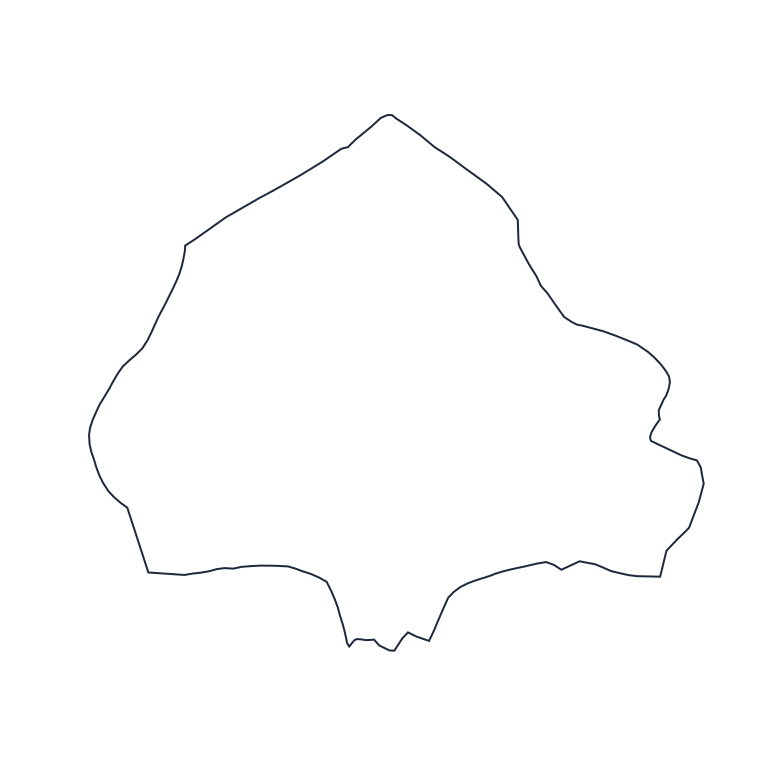 outline of Mabyan, Hajjah, Yemen, rotated 261°
{"feature_id": "15242507B90557781353206", "entity_name": "Mabyan", "entity_type": "district", "adm_level": 2, "iso_a3": "YEM", "parent_name": "Yemen", "parent_adm1": "Hajjah", "projection": "albers", "projection_center": [43.541, 15.755], "detail": "fine", "context": "isolated", "style": "outline", "palette": "slate", "viewbox_px": 768, "rotation_deg": 261, "n_neighbors": 0, "source": "geoboundaries", "source_scale": "gbopen_adm2", "svg_char_len": 2624}
<svg xmlns="http://www.w3.org/2000/svg" viewBox="0 0 768 768"><g transform="rotate(261 384 384)"><path d="M179.0,463.0L180.2,471.2L181.1,481.1L181.6,490.4L181.7,493.3L182.1,498.8L182.7,507.4L182.8,516.2L178.7,523.6L172.8,530.1L178.3,549.5L177.7,551.1L175.6,556.8L172.9,564.4L168.3,571.9L163.7,579.0L160.1,587.7L157.0,595.6L154.6,603.9L150.5,626.6L175.1,636.9L179.9,643.1L184.9,649.6L189.5,656.3L194.3,662.8L218.0,676.4L235.3,684.1L235.6,684.2L244.0,683.9L252.1,683.8L259.6,681.1L262.9,674.0L266.7,667.1L266.8,666.9L285.8,639.0L287.9,638.4L290.7,638.7L294.8,640.9L299.7,645.0L301.0,646.1L305.8,650.9L309.8,650.6L315.2,651.3L320.1,654.6L324.7,657.6L328.3,660.8L333.5,663.8L337.3,665.4L341.3,666.7L346.8,666.7L352.2,664.7L360.0,660.6L368.4,654.8L374.6,649.6L375.8,648.3L383.4,640.2L388.8,631.5L395.2,620.8L401.4,609.6L405.9,599.7L410.7,588.8L412.6,583.6L416.1,578.9L421.9,572.5L428.4,569.2L435.6,565.6L441.3,562.9L448.3,559.5L456.2,554.4L458.6,553.7L466.7,551.4L471.1,549.5L474.7,547.9L482.1,545.0L490.1,542.2L497.9,539.5L501.1,538.9L508.4,539.7L525.1,541.8L550.2,529.9L565.5,516.8L582.0,500.3L582.2,500.0L590.4,492.0L598.1,484.4L609.9,471.2L615.9,465.9L623.9,458.9L635.5,447.3L643.6,438.3L648.2,434.1L648.8,431.6L649.0,431.1L648.9,428.4L647.3,422.4L640.4,412.1L630.0,394.4L624.5,386.6L623.6,385.7L623.3,381.1L622.9,378.4L613.2,358.0L603.3,334.1L594.9,311.8L593.2,307.1L593.1,306.9L589.0,295.3L587.6,291.1L580.1,271.5L573.4,254.0L556.4,219.6L551.8,209.3L547.4,208.4L539.3,205.6L532.0,202.7L524.9,199.2L517.6,194.7L510.8,190.1L504.5,185.6L498.2,181.2L491.6,176.2L485.3,171.5L477.9,166.6L471.3,162.3L464.5,157.5L457.2,151.1L451.9,143.8L447.7,136.9L442.4,129.0L436.2,122.9L428.9,116.9L422.6,112.1L415.3,106.0L408.2,99.9L401.5,95.4L394.4,90.8L386.7,86.8L379.3,84.6L377.9,84.5L370.5,83.8L362.6,84.3L355.1,85.7L346.8,86.8L338.4,88.5L330.4,91.0L321.5,94.9L314.4,99.7L307.6,105.5L302.0,111.1L234.7,121.8L226.6,157.1L226.7,165.4L226.3,173.1L226.4,181.6L227.3,189.8L227.1,197.8L225.2,206.5L225.7,214.5L224.9,224.6L223.9,233.9L222.5,242.4L220.9,251.0L218.8,260.8L215.4,267.9L211.4,274.9L210.4,277.1L207.8,282.1L202.7,290.0L197.6,296.4L187.8,299.5L179.9,301.5L170.7,303.4L162.6,304.2L153.5,305.6L145.8,306.4L139.3,306.8L133.9,307.0L130.2,308.6L134.6,313.5L135.8,315.2L136.3,317.5L135.4,321.3L133.9,325.8L133.3,331.2L133.1,334.2L126.5,338.4L120.0,347.7L119.0,352.5L129.9,362.3L134.9,368.8L129.7,376.2L123.2,388.3L133.3,395.2L140.5,399.6L148.1,404.4L155.9,409.4L162.9,414.0L167.9,420.7L171.5,427.6L174.0,435.5L175.0,440.2L175.7,443.9L176.7,450.2L177.0,453.0L178.5,461.6L179.0,463.0Z" fill="none" stroke="#1e293b" stroke-width="2"/></g></svg>